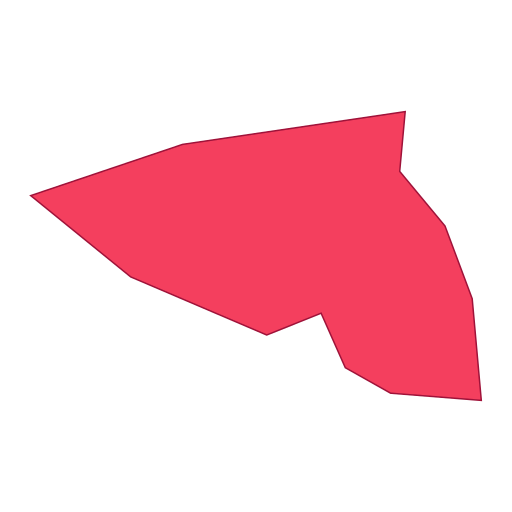 an SVG outline of Għarb
{"feature_id": "MLT-5975", "entity_name": "Għarb", "entity_type": "state/province", "adm_level": 1, "iso_a3": "MLT", "parent_name": "Malta", "parent_adm1": "", "projection": "robinson", "projection_center": [14.205, 36.061], "detail": "fine", "context": "isolated", "style": "filled", "palette": "rose", "viewbox_px": 512, "rotation_deg": 0, "n_neighbors": 0, "source": "natural_earth", "source_scale": "10m", "svg_char_len": 286}
<svg xmlns="http://www.w3.org/2000/svg" viewBox="0 0 512 512"><path d="M30.7,195.6L182.5,144.4L405.2,111.6L399.7,171.4L445.0,226.0L472.2,298.7L481.3,400.4L390.6,393.2L345.3,367.7L321.1,313.2L266.7,335.0L130.7,276.9L30.7,195.6Z" fill="#f43f5e" stroke="#9f1239" stroke-width="1.5"/></svg>